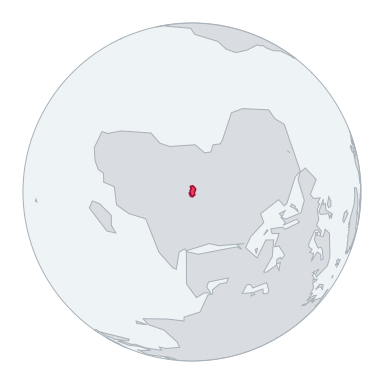 Mbomou highlighted on a globe, orthographic projection, rotated 117°
{"feature_id": "CAF-868", "entity_name": "Mbomou", "entity_type": "Prefecture", "adm_level": 1, "iso_a3": "CAF", "parent_name": "Central African Republic", "parent_adm1": "", "projection": "orthographic", "projection_center": [23.723, 5.441], "detail": "fine", "context": "on_globe", "style": "filled", "palette": "rose", "viewbox_px": 384, "rotation_deg": 117, "n_neighbors": 0, "source": "natural_earth", "source_scale": "10m", "svg_char_len": 8291}
<svg xmlns="http://www.w3.org/2000/svg" viewBox="0 0 384 384"><g transform="rotate(117 192 192)"><circle cx="192" cy="192" r="169" fill="#eef3f6" stroke="#a8b0b8"/><path d="M115.0,41.6L114.5,41.9L110.4,44.4L105.0,47.5L103.0,48.8L108.4,46.1L98.6,52.7L92.7,58.9L90.1,61.0L84.6,63.8L83.9,62.7L76.8,68.4L81.7,64.8L75.2,70.9L74.3,72.1L74.8,72.2L77.4,70.1L75.2,72.4L69.5,76.3L71.4,74.2L73.2,72.8L72.8,72.6L69.0,76.2L66.0,79.5L65.4,80.1L74.1,71.0L83.5,62.5L93.4,54.8L104.0,47.8L115.0,41.6ZM25.9,160.8L26.5,161.9L26.0,164.0L26.1,177.0L29.2,183.8L29.9,191.4L29.2,195.6L31.0,197.6L31.1,200.5L40.7,207.5L47.9,216.2L49.2,226.5L46.1,237.2L50.3,261.2L46.8,267.4L50.5,276.9L55.9,289.9L53.1,287.7L58.7,295.1L61.2,298.7L60.7,298.4L53.4,288.6L46.8,278.4L40.9,267.7L35.9,256.6L31.6,245.1L28.2,233.4L25.6,221.5L23.9,209.4L23.1,197.3L23.2,185.1L24.1,172.9L25.9,160.8ZM142.9,30.5L143.4,30.2L146.1,29.4L142.9,30.5ZM153.1,27.6L151.7,28.0L149.3,28.6L151.0,28.1L153.1,27.6ZM168.9,24.7L162.5,25.7L160.6,26.0L167.1,24.9L168.9,24.7ZM87.2,324.6L86.9,324.3L88.1,325.2L89.1,326.0L87.2,324.6ZM322.4,84.5L322.6,84.7L322.9,85.2L330.1,94.7L336.6,104.7L342.4,115.1L347.5,125.9L347.7,126.3L349.1,131.4L350.2,134.4L348.3,131.1L349.5,137.2L355.9,154.1L357.0,159.2L357.2,169.2L356.5,165.4L351.7,156.7L353.5,169.0L357.2,178.8L358.6,190.8L356.9,187.3L355.2,176.8L353.4,173.4L352.0,162.7L346.9,147.4L345.0,150.7L343.4,144.5L336.1,132.5L332.4,137.1L327.7,154.4L330.0,170.5L327.1,178.1L316.1,155.6L310.6,140.6L307.0,142.3L295.4,130.4L276.4,131.0L273.4,127.3L269.9,129.3L261.7,125.9L256.9,119.9L252.1,120.6L264.6,136.4L269.8,135.9L273.6,129.3L276.2,135.2L284.1,140.1L276.4,155.2L247.7,169.9L244.5,158.0L220.2,126.8L220.7,123.2L220.6,122.8L220.2,122.2L218.5,127.9L214.2,122.0L227.6,143.5L230.1,153.1L247.3,170.7L245.8,172.6L251.3,176.2L268.0,170.9L268.2,174.9L260.6,194.2L236.9,221.1L239.9,238.5L237.7,253.4L222.5,263.7L223.4,275.1L215.4,279.3L214.6,285.7L208.0,292.6L197.0,299.2L179.0,299.6L178.2,293.9L169.7,282.7L158.1,255.3L163.1,242.5L161.6,232.6L148.5,210.7L151.4,198.5L147.8,193.4L140.4,194.7L136.2,188.6L131.7,188.5L103.5,192.8L94.8,184.9L84.0,160.9L89.1,151.4L89.8,140.6L124.2,105.0L131.7,106.9L159.0,102.3L162.5,103.5L159.5,111.4L180.2,121.0L186.6,114.2L205.1,119.4L217.3,119.0L221.2,104.1L201.3,104.4L197.6,97.5L213.3,91.1L230.7,91.9L229.8,89.3L218.7,83.6L222.4,78.9L214.8,81.3L218.0,83.9L213.3,85.7L210.0,83.5L211.5,81.8L206.2,80.8L200.6,90.0L203.3,93.6L189.5,95.5L192.7,101.9L189.1,105.1L182.3,95.5L182.8,92.0L170.3,82.5L168.6,86.3L180.2,95.7L176.7,95.0L174.3,101.0L173.3,95.9L161.1,85.5L148.5,88.1L132.9,103.1L125.5,104.6L119.1,101.9L124.5,87.0L140.4,85.5L142.6,81.1L139.1,75.0L144.2,75.3L144.8,72.9L150.8,72.4L158.9,66.6L165.0,65.9L168.0,59.2L171.5,58.1L168.7,62.2L170.0,65.1L185.0,64.5L187.9,63.0L188.6,58.9L192.6,59.6L191.4,55.7L199.9,54.3L188.5,53.1L189.1,49.1L194.1,46.2L192.2,44.8L184.1,49.8L182.7,52.0L184.7,54.2L179.1,61.2L174.0,62.6L172.2,55.0L164.7,56.4L166.5,50.7L187.4,39.6L196.2,37.9L211.3,42.5L209.4,44.6L203.0,43.9L209.1,47.9L208.5,45.9L211.9,46.8L213.3,43.8L215.7,44.4L212.8,40.9L216.0,41.3L217.7,43.4L222.5,40.1L228.9,40.5L228.8,39.6L226.9,38.5L236.4,40.2L235.9,39.5L232.6,38.6L229.4,36.7L227.6,34.4L231.0,35.0L232.1,36.0L239.6,39.4L242.1,42.3L243.3,42.4L241.9,40.1L232.8,35.9L230.7,34.3L235.4,36.0L233.5,35.2L233.6,34.7L236.8,34.9L231.8,33.1L227.5,28.2L233.3,28.9L237.9,30.5L238.5,29.6L243.3,31.0L254.7,35.1L265.8,40.0L276.5,45.7L286.7,52.1L296.5,59.2L305.7,67.0L314.4,75.5L322.4,84.5ZM112.7,122.7L111.8,125.9L112.7,122.7ZM249.6,100.9L259.7,101.3L254.3,92.5L257.8,92.1L254.7,89.5L253.9,91.9L246.2,84.8L250.2,82.4L248.6,78.8L245.1,78.6L238.9,84.4L249.9,94.2L247.9,97.9L249.6,100.9ZM26.5,161.9L26.4,163.9L26.1,163.7L26.5,161.9ZM31.8,138.4L31.5,139.6L31.3,139.9L31.8,138.4ZM75.5,70.6L75.9,70.4L75.9,70.9L74.8,71.7L75.5,70.6ZM82.7,68.3L79.1,72.2L80.9,69.7L78.6,71.3L79.5,68.5L88.8,61.9L84.5,65.2L82.7,68.3ZM83.4,63.6L81.7,65.7L83.2,63.7L83.4,63.6ZM141.8,61.8L143.9,63.1L141.7,65.7L134.1,68.0L137.2,64.0L141.8,61.8ZM147.4,64.4L147.7,57.1L152.4,55.8L149.7,57.7L152.9,57.6L149.3,60.6L153.6,67.1L152.0,70.0L138.7,71.8L143.9,69.4L141.6,68.1L147.4,64.4ZM139.9,45.2L140.1,43.2L150.2,42.8L148.9,44.8L141.2,46.8L138.2,45.7L139.9,45.2ZM128.0,35.7L127.4,35.9L128.8,35.3L130.4,34.7L128.0,35.7ZM121.3,38.5L122.4,38.1L127.2,36.2L129.4,35.2L136.1,32.6L137.1,32.2L145.1,29.7L146.6,29.3L141.6,30.7L142.9,30.4L132.0,34.7L130.7,35.0L125.8,37.8L120.7,39.8L124.0,37.8L116.4,41.8L117.3,40.8L112.5,43.6L120.5,38.9L121.0,38.7L121.3,38.5ZM177.0,26.6L173.1,26.6L177.0,27.7L172.1,28.2L172.8,28.3L169.3,29.3L166.4,30.8L164.2,31.0L164.0,31.5L161.7,32.3L160.8,33.2L156.3,34.0L154.8,35.3L153.6,35.0L152.1,37.0L151.2,35.9L148.2,37.2L150.6,37.6L129.2,42.0L120.9,45.5L114.4,49.3L113.8,47.5L119.4,43.1L128.0,38.3L136.1,35.5L134.3,35.5L137.7,34.2L137.7,34.7L139.7,33.3L142.5,32.5L150.1,29.7L151.3,28.6L154.2,27.8L155.1,27.8L157.3,27.0L160.9,26.7L163.0,26.2L168.7,25.7L169.2,26.4L171.6,25.9L176.0,25.8L177.0,26.6ZM170.5,24.5L172.2,24.8L170.4,25.4L161.2,26.2L158.8,26.7L152.9,27.7L155.7,27.0L157.1,26.7L159.2,26.3L157.5,26.7L160.4,26.1L162.4,25.7L165.2,25.3L170.5,24.5ZM166.3,100.5L168.9,100.8L173.1,100.4L171.7,104.4L166.3,100.5ZM157.8,93.4L160.1,92.9L160.2,97.8L157.4,97.7L157.8,93.4ZM161.4,88.6L160.3,92.5L159.3,90.3L161.4,88.6ZM170.9,61.7L173.5,61.1L173.7,62.1L172.4,63.6L170.9,61.7ZM187.6,31.9L185.6,31.3L186.4,31.0L185.0,29.3L188.6,29.1L190.8,30.0L187.6,31.9ZM217.8,106.7L214.4,109.6L212.5,108.2L214.1,107.5L217.8,106.7ZM191.9,106.8L197.9,108.6L191.5,107.9L191.9,106.8ZM191.2,31.3L190.3,30.6L192.6,30.9L191.2,31.3ZM191.1,28.9L193.9,29.1L188.9,28.9L191.1,28.9ZM271.3,325.7L271.3,327.4L269.2,327.7L271.3,325.7ZM265.4,250.0L252.8,276.3L245.2,276.7L244.4,269.2L249.4,253.4L258.5,248.5L263.1,241.2L265.4,250.0ZM359.2,216.1L358.7,216.2L358.0,214.4L358.6,211.4L359.7,211.8L359.6,213.7L359.2,216.1ZM358.5,211.3L356.9,203.6L351.6,181.0L353.5,181.1L358.5,194.4L358.2,197.0L359.2,203.1L358.5,211.3ZM360.6,202.8L360.6,202.7L360.4,201.6L360.4,192.1L360.4,187.2L360.7,187.3L360.5,179.0L361.0,190.9L360.6,202.8ZM330.7,172.0L334.2,181.5L332.3,183.3L330.7,172.0ZM351.8,139.0L351.6,140.0L350.8,137.6L350.5,135.0L351.8,139.0ZM220.2,31.4L218.0,33.6L218.9,35.8L223.0,37.6L216.3,36.4L215.0,33.0L220.2,31.4ZM226.3,28.4L222.6,27.3L224.7,27.5L225.9,27.8L226.3,28.4ZM223.7,27.9L218.2,27.2L216.5,26.5L221.1,27.1L223.7,27.9ZM204.7,28.3L203.9,28.9L202.0,28.5L204.7,28.3Z" fill="#d9dde1" stroke="#a8b0b8" stroke-width="1"/><path d="M194.1,193.1L194.0,192.9L193.9,193.0L194.0,193.2L193.9,193.2L193.9,193.3L193.7,193.3L193.6,193.5L193.5,193.4L193.4,193.4L193.4,193.5L193.2,193.6L192.8,193.7L192.7,193.7L192.6,193.8L192.4,193.8L192.2,193.8L192.0,194.0L191.9,194.0L191.7,194.1L191.4,194.3L191.2,194.3L191.1,194.5L190.9,194.5L190.8,194.4L190.7,194.4L190.5,194.2L190.4,194.1L190.2,194.1L189.9,194.0L189.9,193.9L189.7,193.8L189.5,194.0L189.4,194.1L189.2,194.1L189.2,194.3L189.1,194.5L189.0,194.8L188.9,194.8L188.7,194.8L188.7,195.0L188.6,195.3L188.5,195.5L188.4,195.7L188.3,195.8L188.2,195.8L187.8,195.9L187.5,195.8L187.4,195.7L187.1,195.6L187.1,195.4L187.1,195.2L187.3,195.0L187.3,194.9L187.4,194.7L187.2,194.6L186.9,194.7L186.7,194.5L186.7,194.4L186.4,194.3L186.4,194.2L186.2,194.2L186.2,193.9L186.3,193.9L186.3,193.5L186.4,193.3L186.4,193.2L186.4,192.9L186.5,192.9L186.6,192.6L186.6,192.3L186.7,192.2L186.7,191.9L186.8,191.7L187.0,191.6L187.0,191.4L187.1,191.2L187.2,190.9L187.2,190.7L187.3,190.5L187.3,190.4L187.6,190.2L187.8,190.2L188.0,190.2L188.3,190.1L188.4,189.8L188.5,189.7L189.0,189.6L189.3,189.6L189.5,189.7L189.6,189.8L189.8,189.9L190.6,190.1L190.7,189.9L190.8,189.8L190.8,189.7L191.0,189.7L193.6,188.1L194.4,189.0L194.6,189.2L194.8,189.2L195.1,189.0L195.1,188.9L195.4,188.9L195.5,189.0L195.8,189.1L195.9,189.3L196.0,189.4L195.9,189.5L195.7,189.6L195.4,189.7L195.3,189.8L195.7,190.1L195.8,190.2L195.9,190.3L196.0,190.3L196.0,190.5L196.3,190.6L196.2,190.7L196.2,190.8L196.2,191.0L196.1,190.9L196.0,191.0L195.9,191.0L195.9,191.3L195.8,191.5L195.8,191.8L195.7,191.8L195.7,192.0L195.4,192.1L195.4,192.3L195.2,192.3L195.1,192.5L195.0,192.4L195.0,192.5L194.9,192.5L194.7,192.5L194.5,192.8L194.5,192.7L194.4,192.7L194.4,192.8L194.5,192.9L194.4,192.9L194.4,193.0L194.3,192.9L194.3,193.0L194.2,193.0L194.1,193.1Z" fill="#f43f5e" stroke="#9f1239" stroke-width="1.5"/></g></svg>